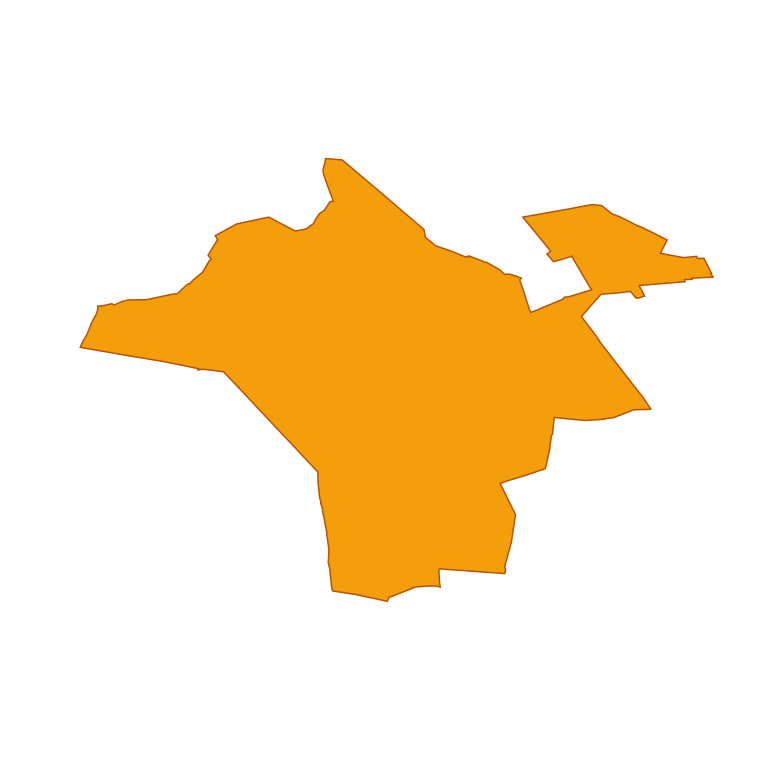 the district of Talsi, Talsi, Latvia, rotated 190°
{"feature_id": "27541924B77419719767083", "entity_name": "Talsi", "entity_type": "district", "adm_level": 2, "iso_a3": "LVA", "parent_name": "Latvia", "parent_adm1": "Talsi", "projection": "robinson", "projection_center": [22.584, 57.246], "detail": "fine", "context": "isolated", "style": "filled", "palette": "amber", "viewbox_px": 768, "rotation_deg": 190, "n_neighbors": 0, "source": "geoboundaries", "source_scale": "gbopen_adm2", "svg_char_len": 4346}
<svg xmlns="http://www.w3.org/2000/svg" viewBox="0 0 768 768"><g transform="rotate(190 384 384)"><path d="M342.9,170.5L342.1,174.6L327.4,183.6L319.9,188.2L318.7,189.1L318.1,189.4L316.4,189.9L309.7,191.6L306.5,192.3L302.9,193.2L300.0,193.7L297.9,194.0L293.3,193.8L293.8,194.9L295.1,199.4L297.6,210.0L297.1,211.6L235.7,217.9L232.3,218.2L232.0,219.2L232.0,222.8L232.2,223.2L232.5,223.6L232.8,223.9L233.1,224.3L233.4,224.6L233.5,225.0L233.4,226.6L233.3,227.6L233.1,229.0L232.7,232.8L232.3,236.9L232.1,238.7L232.1,239.3L231.7,243.4L231.4,247.4L231.1,250.5L231.8,278.1L234.2,281.5L236.7,284.9L241.4,291.2L246.0,297.6L246.7,298.5L247.4,299.4L249.9,302.9L252.4,306.3L247.6,308.9L245.9,309.9L227.7,319.2L210.4,328.7L209.8,341.7L209.5,347.3L210.2,361.9L209.4,363.9L210.5,380.6L197.2,381.6L196.4,381.6L190.7,382.1L178.7,383.1L178.3,383.2L177.0,383.7L173.8,384.4L162.3,387.2L160.8,387.6L160.9,388.1L159.7,388.4L152.2,390.6L134.4,401.5L131.9,402.4L128.6,403.0L125.5,403.6L118.4,405.1L116.9,405.5L117.0,405.8L119.8,408.7L123.4,412.4L126.1,415.4L127.2,416.4L128.3,417.4L135.3,423.5L156.2,442.5L176.7,461.1L184.6,469.4L190.9,475.0L191.9,475.9L201.3,484.7L197.2,491.4L195.5,494.3L190.9,502.0L190.1,503.2L186.1,509.6L185.8,510.1L169.0,514.4L167.5,514.9L163.4,516.2L157.3,517.9L150.5,512.3L148.5,512.8L142.6,515.8L149.9,525.3L105.3,537.0L106.3,539.0L98.8,540.6L99.2,541.6L91.2,543.5L87.3,544.4L78.5,546.4L80.5,548.6L81.2,549.8L80.7,550.0L82.0,551.7L90.9,563.4L91.4,563.2L97.2,562.0L98.2,564.0L110.9,560.5L134.4,560.7L130.2,575.0L148.9,580.7L157.5,583.0L160.2,583.7L163.0,584.3L167.6,585.6L172.7,587.2L173.5,587.4L176.2,588.2L180.4,589.5L189.0,591.2L192.4,593.0L193.0,593.3L196.9,595.4L200.8,597.5L210.1,596.8L215.4,594.9L236.4,587.0L256.4,579.7L275.2,572.9L276.2,572.4L268.5,565.7L264.7,562.5L263.4,561.4L262.7,560.8L260.7,559.1L258.7,557.4L256.7,555.7L252.8,552.2L248.8,548.8L244.6,545.2L243.0,543.8L246.1,540.3L242.5,537.4L238.3,533.9L233.9,536.0L221.2,542.4L214.7,534.6L202.4,520.1L196.0,512.7L200.1,510.7L209.4,505.9L217.4,501.9L221.0,501.0L222.3,499.7L222.4,498.7L234.2,491.1L234.5,490.9L243.8,485.0L244.7,484.2L252.0,479.9L254.0,483.2L258.5,491.6L262.5,499.4L268.4,509.9L267.3,512.3L270.5,512.6L274.2,513.5L274.7,513.2L276.3,513.6L279.3,514.0L284.6,513.0L289.2,516.3L298.9,519.8L304.6,521.8L305.9,521.3L306.9,521.5L308.0,522.1L322.7,524.9L322.7,523.7L324.8,524.0L325.1,523.7L325.4,523.1L330.6,524.3L332.4,524.7L338.5,526.0L339.1,526.2L340.1,526.4L357.2,529.1L368.8,535.7L371.4,543.1L395.3,557.1L417.2,570.1L451.4,590.0L464.2,597.4L480.7,595.9L480.6,591.6L481.2,585.8L481.2,583.9L480.6,581.8L479.5,579.2L477.5,575.5L474.7,570.6L466.9,557.5L465.8,554.9L467.3,554.6L468.8,554.3L473.0,544.5L477.2,540.6L477.3,540.4L480.3,533.5L481.2,529.9L487.6,523.1L492.8,521.2L498.0,519.3L510.8,523.3L523.5,527.4L524.7,527.7L525.8,528.1L526.5,528.3L556.8,516.1L558.0,515.1L559.2,514.2L567.5,507.5L575.9,500.8L573.0,497.2L576.7,487.9L579.6,480.3L577.3,478.2L575.7,476.8L577.7,474.6L578.9,471.2L581.9,462.7L590.3,453.0L593.2,448.3L594.1,448.7L595.8,446.9L598.9,442.9L601.7,439.0L602.7,437.3L608.7,435.4L613.9,433.3L633.2,425.5L636.2,425.1L650.6,422.3L656.0,419.9L663.6,414.9L664.2,415.2L666.0,415.8L671.2,413.6L673.5,412.6L675.5,412.0L679.5,410.9L678.8,407.7L679.3,403.4L681.2,397.9L682.5,393.9L685.0,381.5L687.4,375.2L689.2,368.9L689.5,367.3L685.4,367.3L682.8,367.3L673.8,367.4L641.0,367.4L628.8,367.6L605.5,367.8L597.0,367.6L586.7,367.4L570.9,366.9L570.1,366.8L570.3,366.7L569.8,365.5L565.3,367.0L561.4,367.3L553.0,367.8L545.8,368.1L544.2,368.2L537.3,363.1L534.2,360.8L532.6,359.7L528.4,356.5L528.0,356.2L527.8,356.4L527.1,355.8L526.9,355.7L527.1,355.6L523.9,353.2L519.9,350.3L518.9,349.5L516.8,347.9L512.2,344.4L508.6,341.8L507.1,340.5L503.0,337.4L500.5,335.6L495.6,331.9L491.5,328.9L487.5,325.9L487.4,325.8L483.4,322.8L479.2,319.7L475.2,316.8L471.1,313.7L469.9,312.8L467.0,310.7L462.2,307.1L459.6,305.2L457.7,303.6L452.3,299.6L437.6,288.6L433.8,285.8L433.3,282.9L432.8,280.6L431.9,275.7L430.1,269.5L429.3,266.6L428.3,263.3L427.6,260.7L425.8,257.1L425.5,255.0L425.1,255.0L423.1,250.7L422.7,249.6L422.6,248.6L422.2,247.3L419.5,241.0L417.4,235.2L416.2,232.1L415.4,230.0L409.4,210.9L409.2,209.4L407.8,198.0L405.4,193.0L400.2,174.4L398.9,171.5L398.3,171.2L396.3,171.3L373.8,171.8L366.4,171.4L351.0,170.9L342.9,170.5Z" fill="#f59e0b" stroke="#b45309" stroke-width="1.5"/></g></svg>